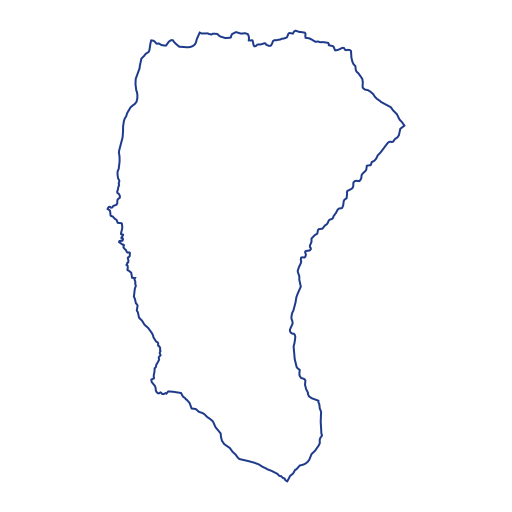 the district of Fatumean, Cova Lima, East Timor
{"feature_id": "22284137B11881161065747", "entity_name": "Fatumean", "entity_type": "district", "adm_level": 2, "iso_a3": "TLS", "parent_name": "East Timor", "parent_adm1": "Cova Lima", "projection": "natural_earth1", "projection_center": [125.027, -9.247], "detail": "fine", "context": "isolated", "style": "outline", "palette": "blue", "viewbox_px": 512, "rotation_deg": 0, "n_neighbors": 0, "source": "geoboundaries", "source_scale": "gbopen_adm2", "svg_char_len": 5987}
<svg xmlns="http://www.w3.org/2000/svg" viewBox="0 0 512 512"><path d="M404.4,125.6L402.1,122.3L399.5,119.5L396.9,114.2L393.1,110.4L390.8,107.2L380.9,101.9L380.2,101.1L376.9,98.8L374.8,96.7L373.2,94.1L370.3,91.6L368.0,90.2L364.7,89.5L362.8,87.8L362.6,86.9L362.8,82.2L362.3,78.9L359.9,75.4L358.0,72.8L357.2,72.4L356.1,70.8L355.7,69.5L355.4,66.2L353.5,64.1L352.4,61.8L351.4,57.6L351.0,51.1L349.9,50.1L347.8,49.8L346.3,50.2L345.1,49.8L343.9,48.0L342.5,47.8L338.3,49.8L335.6,50.4L335.0,50.2L333.7,47.0L332.8,46.1L328.8,45.2L328.8,43.9L328.2,42.9L323.3,42.1L320.0,42.2L318.1,41.5L315.4,41.8L311.3,39.3L310.3,39.0L309.7,38.4L305.6,37.8L305.3,36.2L305.5,33.8L304.9,32.7L300.8,32.0L299.5,32.0L295.6,30.7L294.1,31.5L292.8,33.6L289.5,33.0L288.7,33.4L288.2,34.2L287.2,36.8L286.8,37.4L285.7,37.9L283.5,38.6L281.7,38.8L280.0,39.6L277.6,39.9L276.3,40.3L275.1,40.1L274.2,40.3L273.0,41.1L272.2,43.3L271.2,45.3L270.0,45.9L268.8,45.8L266.3,44.8L265.5,43.5L264.7,43.2L260.5,44.5L258.4,44.4L257.2,44.8L255.7,46.1L254.4,46.3L253.7,45.4L252.6,40.6L252.0,40.2L250.7,40.5L248.8,40.4L249.0,37.6L248.6,35.9L247.8,34.1L245.0,33.2L241.7,33.6L240.6,33.5L236.0,32.1L232.2,34.0L231.3,35.4L230.9,37.3L230.3,37.7L226.2,38.0L225.2,38.0L220.6,36.6L218.9,35.6L217.5,34.1L216.1,33.8L212.9,33.7L211.4,34.5L208.6,33.9L207.8,33.4L201.7,33.5L199.7,32.6L196.9,38.9L195.8,42.8L194.6,44.7L192.7,46.1L190.3,47.0L187.7,47.3L179.2,46.7L175.4,43.4L173.8,41.7L172.9,40.3L171.3,40.1L170.1,40.8L168.8,41.7L166.1,45.5L164.2,45.5L161.4,45.0L158.7,43.4L157.1,43.8L156.4,43.5L154.7,41.6L153.4,40.7L151.2,40.4L150.5,43.1L149.4,50.2L148.6,52.0L145.6,53.9L144.3,55.7L141.4,58.6L139.8,66.1L139.6,68.2L135.7,78.9L135.5,84.3L136.3,90.6L136.9,91.8L137.4,95.0L137.3,98.5L136.5,101.8L134.5,104.3L133.5,104.8L130.5,107.4L127.0,113.4L126.4,115.8L124.5,119.1L123.9,121.1L123.1,126.3L123.0,132.1L122.6,137.4L119.2,150.3L118.9,152.6L119.5,156.4L119.6,161.3L118.7,168.9L117.7,171.2L117.5,172.8L117.6,175.3L118.1,178.4L119.3,180.5L119.1,182.6L118.7,183.2L119.1,185.3L118.3,187.1L117.9,189.6L117.2,191.6L117.3,192.8L118.9,194.0L119.8,195.8L119.9,197.6L117.7,199.4L117.3,200.9L117.3,203.1L116.5,204.7L113.2,206.0L112.3,207.4L111.0,207.7L109.9,206.8L108.9,206.9L108.1,207.9L107.6,209.0L109.8,210.4L110.2,211.8L110.5,215.2L110.9,215.9L112.9,216.6L114.3,218.3L116.7,220.1L117.5,222.5L117.9,222.9L121.5,223.2L121.9,223.7L122.3,227.2L122.0,229.4L121.0,233.2L121.1,234.2L121.6,234.5L122.7,234.4L123.1,234.9L122.3,236.6L121.4,237.5L121.5,238.3L122.3,238.2L122.8,238.5L123.0,239.1L122.5,240.7L119.4,241.1L119.1,242.1L122.4,244.5L123.4,244.6L124.0,245.2L123.5,246.4L123.5,247.5L124.9,249.2L125.8,249.9L126.8,251.9L127.6,252.6L129.2,252.4L129.9,252.9L129.7,256.0L129.2,256.8L128.0,257.5L127.8,258.2L128.4,260.3L128.2,262.4L127.2,263.0L127.2,263.8L126.5,264.9L127.6,265.8L127.8,267.9L127.4,269.5L127.6,270.2L128.8,270.7L131.2,272.7L132.1,277.8L135.0,278.0L134.4,279.0L135.4,282.1L135.2,283.8L135.8,285.4L135.7,286.2L134.8,288.9L133.9,296.7L134.9,298.8L135.9,303.3L137.0,304.4L137.6,305.7L136.8,310.2L137.0,311.0L137.8,312.1L139.0,317.5L139.4,317.8L139.5,318.3L141.9,320.5L144.5,324.7L148.2,328.0L151.7,332.8L153.0,335.3L153.4,337.2L156.0,341.4L157.8,342.5L158.2,343.4L158.1,345.6L159.3,346.3L159.5,347.0L160.1,347.6L160.1,350.4L160.4,350.8L160.4,351.5L159.8,352.2L159.7,353.3L160.4,354.6L160.5,355.4L159.2,356.6L158.7,357.5L159.1,359.4L158.9,360.2L156.8,364.0L156.4,364.4L155.8,367.2L154.6,368.3L154.5,371.5L153.8,375.1L153.7,376.7L154.0,377.6L153.9,378.4L151.6,379.4L151.3,380.0L151.7,382.0L155.0,386.1L155.7,388.4L155.7,390.0L156.4,391.8L157.8,393.2L158.9,393.4L160.4,392.4L161.1,392.7L162.2,393.9L163.5,394.1L165.7,393.1L166.4,393.6L168.3,391.4L173.4,391.8L181.0,393.0L182.9,396.5L185.5,398.5L185.8,399.3L186.8,399.8L189.6,403.0L191.6,408.5L195.7,409.0L198.9,411.8L202.6,413.1L204.3,414.1L207.3,417.1L210.0,418.9L212.4,420.9L213.3,422.2L215.5,427.2L220.7,433.5L220.9,436.4L221.9,440.7L224.3,444.2L229.8,448.0L232.5,451.7L235.7,454.7L237.7,457.5L239.3,459.0L249.2,461.3L254.6,462.8L259.0,464.5L262.3,466.7L266.2,468.5L267.1,469.2L271.4,470.8L277.5,473.9L278.8,475.5L280.1,476.1L281.0,476.1L283.1,478.1L284.5,478.4L285.1,479.7L285.8,480.5L287.3,481.3L290.2,475.8L293.0,473.6L295.2,469.8L296.3,469.4L299.8,465.5L303.4,464.6L305.6,463.5L307.4,462.1L309.2,459.9L311.6,454.0L314.9,450.9L318.7,445.5L319.8,443.1L319.7,439.8L320.3,438.0L322.0,435.5L321.4,433.5L320.7,421.7L321.1,411.7L319.8,408.6L319.3,404.3L318.4,402.2L318.4,400.7L311.9,398.3L308.9,396.3L307.9,393.8L307.9,392.6L306.2,389.3L305.0,384.8L305.4,380.6L304.7,379.4L303.8,378.8L301.1,378.0L299.5,375.6L299.4,373.4L299.7,369.9L297.4,368.1L296.6,366.9L294.7,359.0L293.6,346.6L294.6,342.4L295.3,337.2L295.0,335.3L294.0,333.8L292.3,333.6L290.7,332.6L290.1,331.4L289.9,330.0L290.4,328.5L292.6,323.7L292.5,321.7L291.5,318.8L291.4,317.3L291.8,314.5L292.2,312.9L293.3,310.7L293.8,309.0L295.5,302.5L296.3,297.5L297.5,294.1L300.8,286.6L299.3,279.8L299.3,276.1L297.9,272.3L297.7,270.9L299.1,266.7L300.8,263.3L301.2,261.3L300.8,259.8L301.1,257.7L302.1,257.3L304.3,257.5L305.1,257.0L305.6,255.9L305.9,254.5L305.1,252.2L305.4,251.3L306.4,250.9L309.2,250.6L310.2,250.0L310.8,249.1L310.8,248.1L310.1,247.4L309.9,246.5L310.0,245.4L311.5,241.8L311.5,238.5L314.7,235.2L317.3,233.6L318.0,230.0L318.9,229.1L322.4,228.7L325.0,225.4L326.6,224.4L327.5,223.4L328.8,220.5L329.7,219.7L332.3,218.8L333.0,217.9L333.5,216.3L336.1,212.7L337.7,209.6L339.3,208.4L341.3,208.3L342.2,207.8L343.2,205.3L343.7,201.3L344.4,199.8L346.6,198.2L347.1,193.6L346.9,192.6L347.3,191.0L351.6,188.8L352.7,187.7L353.3,186.0L353.3,183.2L353.7,182.1L354.8,181.1L355.9,180.8L359.3,181.1L360.1,180.4L361.3,178.1L361.6,175.2L362.4,173.8L365.6,170.8L366.3,169.6L366.8,165.9L367.7,165.5L370.5,165.2L371.1,164.3L371.7,162.1L374.1,160.9L375.2,159.8L376.2,158.6L377.7,155.4L380.2,152.9L387.6,143.1L388.7,142.2L389.6,141.8L390.5,141.7L391.6,142.0L393.1,141.7L394.8,139.2L397.5,137.3L398.9,135.2L400.3,128.8L404.4,125.6Z" fill="none" stroke="#1e3a8a" stroke-width="2"/></svg>